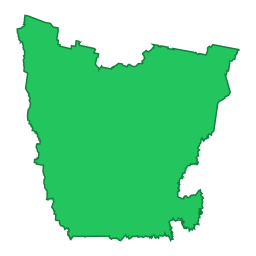 Glen Innes Severn, New South Wales, Australia
{"feature_id": "25037944B18987498065819", "entity_name": "Glen Innes Severn", "entity_type": "district", "adm_level": 2, "iso_a3": "AUS", "parent_name": "Australia", "parent_adm1": "New South Wales", "projection": "equal_earth", "projection_center": [152.111, -29.631], "detail": "fine", "context": "isolated", "style": "filled", "palette": "green", "viewbox_px": 256, "rotation_deg": 0, "n_neighbors": 0, "source": "geoboundaries", "source_scale": "gbopen_adm2", "svg_char_len": 5784}
<svg xmlns="http://www.w3.org/2000/svg" viewBox="0 0 256 256"><path d="M199.9,217.5L199.4,214.8L201.6,214.0L202.3,212.8L202.0,211.8L201.3,211.6L199.9,213.7L199.0,213.8L198.9,212.2L201.2,210.7L200.8,210.1L199.5,210.1L199.2,209.1L199.9,208.6L201.4,208.9L202.8,207.9L201.8,205.2L202.7,201.6L201.9,199.3L203.3,198.2L202.7,196.9L201.0,195.9L201.1,194.4L202.1,193.7L200.7,192.1L200.3,190.1L199.6,190.8L199.0,190.4L195.4,195.5L193.7,194.8L192.2,195.6L191.7,195.2L190.5,195.7L190.4,196.3L189.1,197.5L187.3,197.3L186.1,195.8L184.4,196.5L183.7,197.5L183.9,198.6L182.7,198.8L177.5,196.7L177.9,194.9L177.5,192.1L178.0,192.0L178.5,190.5L179.0,191.2L179.5,190.5L179.1,189.0L177.9,188.4L178.3,187.4L179.1,187.1L178.8,185.9L179.6,184.5L178.8,184.4L179.2,183.1L177.9,183.1L179.3,181.6L179.3,180.0L180.0,178.7L181.3,178.1L182.9,178.7L181.4,177.5L181.7,176.6L183.1,176.8L182.2,175.7L182.8,174.3L182.4,173.4L185.0,172.9L184.7,171.3L185.8,170.3L185.5,168.7L186.6,167.7L187.5,165.7L190.1,165.5L190.8,163.8L191.9,164.4L193.4,163.7L194.6,164.2L196.0,163.1L196.4,164.6L197.4,164.4L198.3,162.3L196.9,160.6L197.2,159.3L196.2,157.8L197.6,156.0L198.5,155.9L197.8,151.6L199.6,150.0L197.7,148.4L197.7,147.5L199.4,145.7L199.8,143.8L200.8,142.9L200.9,140.1L201.8,138.1L202.4,138.2L202.9,140.3L203.7,141.1L204.7,139.1L206.8,138.7L207.1,137.0L207.6,137.8L208.5,137.8L208.2,135.2L208.7,134.0L211.5,135.1L211.7,132.9L213.8,130.9L217.7,103.5L218.8,101.8L224.8,98.3L224.7,97.3L225.4,96.7L228.7,95.2L229.7,93.7L229.5,92.8L230.3,92.3L225.2,74.6L226.4,74.8L227.0,70.7L228.5,71.0L229.8,61.7L229.5,61.1L231.9,61.0L233.2,59.4L234.6,59.4L235.4,56.3L235.1,55.3L236.5,54.5L236.4,53.5L237.2,53.0L236.9,52.2L237.5,51.6L237.7,50.3L238.8,50.2L238.8,49.6L212.8,44.7L210.9,47.3L209.5,46.2L207.7,47.8L207.5,51.0L206.1,54.9L199.0,53.5L198.8,54.3L197.6,54.4L195.8,52.5L194.3,52.9L193.9,52.3L173.0,48.5L173.5,49.5L168.0,48.6L168.1,47.2L161.0,45.9L160.9,46.8L159.2,46.6L159.5,46.3L158.4,46.1L158.5,45.5L152.8,44.5L153.8,45.4L153.9,47.8L153.0,47.6L151.6,49.5L148.2,52.0L146.3,50.5L142.9,53.2L142.8,54.3L144.2,56.1L144.2,57.3L144.8,58.0L143.3,60.4L142.1,61.0L142.2,62.2L142.9,62.9L142.4,63.5L138.3,63.7L135.9,66.2L134.3,66.7L131.9,66.0L129.2,64.3L127.5,65.5L127.4,66.5L126.4,66.7L122.5,65.0L122.0,63.9L118.5,63.4L114.4,66.6L113.7,66.5L113.6,67.2L112.7,67.1L112.6,68.1L111.6,67.9L111.5,69.0L101.9,67.1L101.6,66.0L99.1,69.4L99.2,68.6L96.2,65.5L95.4,64.0L96.6,58.2L98.0,57.2L98.5,53.8L94.0,53.0L95.4,49.4L94.3,48.5L79.7,45.4L78.9,44.2L79.9,42.7L79.5,42.9L79.0,41.3L76.2,40.8L75.5,46.4L71.5,45.7L71.1,48.9L59.9,46.2L60.1,44.9L57.8,44.5L58.4,40.2L56.6,39.9L58.2,30.6L58.0,27.9L53.0,27.0L50.4,23.4L44.9,22.4L28.2,16.0L25.0,15.4L24.4,19.8L25.0,20.5L24.2,21.7L24.0,22.5L24.5,23.0L23.7,24.2L24.4,24.1L25.0,24.9L23.5,26.5L22.3,26.9L21.7,28.0L17.2,29.0L17.5,32.8L18.4,34.4L18.3,36.6L19.2,37.9L18.9,39.5L20.7,41.3L20.5,42.4L21.4,41.7L22.4,42.2L22.7,44.4L23.5,45.8L23.0,47.7L23.6,48.7L23.6,49.7L24.5,50.3L24.6,54.4L24.3,55.5L23.6,55.9L24.5,57.8L23.3,60.0L23.9,63.5L23.8,65.8L24.3,67.2L23.9,71.1L27.7,73.2L25.6,88.5L28.1,92.9L29.2,93.6L28.5,95.3L30.1,98.2L30.2,98.7L29.2,100.1L30.6,103.6L30.1,104.8L30.4,105.7L29.2,108.7L28.4,109.3L27.8,112.5L27.5,115.7L27.8,120.1L29.5,121.0L29.1,123.8L30.9,124.1L30.8,125.1L31.5,125.3L31.3,126.7L32.3,126.9L32.7,128.9L32.2,130.4L33.9,130.7L35.7,133.1L35.8,131.8L36.3,131.9L36.1,133.1L37.5,133.4L37.5,136.7L38.8,137.6L38.7,139.0L39.7,139.2L39.3,140.6L40.3,140.8L39.8,144.1L37.2,143.7L37.1,144.6L36.6,144.6L36.2,147.5L37.3,149.2L37.5,151.4L39.0,153.0L38.4,158.0L37.3,157.8L37.2,159.1L36.1,159.0L36.0,159.7L34.7,159.5L34.3,162.5L36.6,162.9L36.4,164.0L43.4,165.3L43.0,171.8L43.6,172.3L43.5,173.9L45.2,177.2L44.0,180.1L44.0,183.8L44.8,185.3L44.7,187.6L47.1,191.0L47.4,192.7L47.0,193.3L47.3,196.1L46.6,199.4L48.0,199.9L49.4,198.7L51.5,199.0L52.2,198.2L53.5,199.4L53.2,200.4L54.0,201.9L53.5,202.3L51.7,207.2L53.2,208.9L54.0,211.1L54.7,211.3L54.0,213.9L55.8,214.4L55.5,219.6L56.1,220.4L59.2,220.5L59.6,221.7L59.5,223.3L60.6,225.6L63.1,226.3L64.3,227.4L64.8,229.3L66.6,228.2L67.8,228.9L68.3,228.3L68.8,228.8L68.9,231.7L67.9,231.7L67.8,233.1L67.9,234.5L68.4,235.0L67.4,235.1L68.8,235.5L70.5,239.5L71.0,239.5L71.3,237.8L71.9,238.0L73.0,236.4L85.0,236.4L85.2,236.9L86.0,236.4L109.2,236.1L109.5,237.7L111.5,239.2L112.3,238.3L115.8,238.3L116.4,237.8L117.0,238.8L118.3,238.9L118.9,240.1L120.7,240.6L125.4,235.1L125.4,235.7L126.4,236.2L127.0,237.4L128.1,236.5L128.0,237.2L129.2,238.9L131.7,237.3L131.7,236.4L135.6,236.5L137.8,235.7L138.0,237.2L141.8,236.4L142.7,237.3L143.6,237.3L145.7,236.0L147.5,236.8L149.3,236.5L149.8,237.8L150.8,236.7L150.7,237.5L151.5,238.2L153.5,235.1L154.7,235.4L155.0,237.6L155.6,238.1L156.6,237.6L157.0,236.7L158.6,238.3L158.9,237.8L158.3,236.9L159.0,235.7L159.8,235.2L160.5,235.9L163.1,236.1L164.5,235.2L165.0,233.1L166.2,236.2L168.0,235.4L168.4,236.6L169.2,236.7L170.6,240.4L171.2,239.4L173.0,239.1L171.8,237.0L172.7,236.6L171.9,235.6L172.4,234.7L171.4,234.5L170.9,233.0L171.2,232.5L172.4,233.0L172.6,232.3L170.0,229.5L170.9,229.4L171.0,228.4L171.7,228.5L171.8,227.4L169.8,226.3L170.3,225.2L169.5,224.3L169.7,223.3L169.1,222.3L170.8,220.1L172.1,220.2L172.4,219.5L173.1,219.5L173.3,218.5L174.2,220.2L175.8,221.1L176.6,220.3L177.9,220.3L178.2,218.1L180.3,219.3L181.6,218.4L181.8,218.9L180.3,220.3L182.3,220.3L182.4,220.9L181.6,221.3L181.8,222.9L182.8,222.0L183.1,220.8L183.9,221.4L184.1,222.6L182.2,223.8L182.7,225.6L183.5,225.5L183.9,228.0L184.6,228.4L185.2,227.8L186.2,228.6L186.5,228.3L186.0,227.3L187.1,227.2L188.9,228.3L189.3,230.9L189.9,230.1L189.7,228.9L190.6,229.6L191.7,228.9L192.2,229.8L193.4,228.1L194.5,228.8L194.1,227.1L194.6,226.1L194.1,224.7L195.6,224.9L196.8,224.0L198.8,224.6L198.7,223.9L197.3,222.4L198.5,221.0L198.6,217.6L199.9,217.5Z" fill="#22c55e" stroke="#15803d" stroke-width="1.5"/></svg>